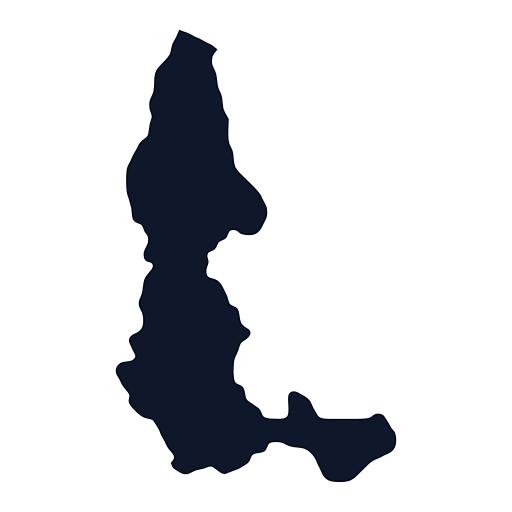 Los Cacaos, San Cristóbal, Dominican Republic (Albers equal-area conic projection)
{"feature_id": "3306468B25553756069478", "entity_name": "Los Cacaos", "entity_type": "district", "adm_level": 2, "iso_a3": "DOM", "parent_name": "Dominican Republic", "parent_adm1": "San Cristóbal", "projection": "albers", "projection_center": [-70.319, 18.609], "detail": "fine", "context": "isolated", "style": "filled", "palette": "ink", "viewbox_px": 512, "rotation_deg": 0, "n_neighbors": 0, "source": "geoboundaries", "source_scale": "gbopen_adm2", "svg_char_len": 5358}
<svg xmlns="http://www.w3.org/2000/svg" viewBox="0 0 512 512"><path d="M179.7,30.7L177.2,36.5L173.1,44.3L172.4,46.8L171.3,51.9L170.5,54.4L169.8,55.6L167.3,59.0L160.4,66.3L158.5,68.5L156.9,70.9L155.9,73.5L155.1,77.7L154.8,86.4L154.3,90.7L153.6,93.4L150.7,100.0L150.1,102.6L150.0,105.2L150.3,109.0L152.1,114.3L152.5,116.3L152.2,118.4L150.5,123.8L149.0,133.8L148.2,136.0L147.6,137.0L146.8,137.8L142.5,141.1L140.9,142.8L139.5,144.7L137.2,149.3L133.6,155.6L131.5,160.4L128.7,165.7L127.8,168.2L127.5,169.6L127.2,172.4L126.9,176.7L126.9,182.6L127.1,188.4L127.4,191.2L127.9,194.0L129.3,198.1L131.5,206.1L132.1,208.9L132.8,215.9L133.4,218.5L134.0,219.6L134.7,220.6L135.5,221.3L136.4,221.8L141.1,223.8L141.9,224.4L142.6,225.2L143.6,227.1L145.1,231.0L145.6,231.9L148.0,235.0L148.7,237.1L148.9,239.5L148.7,242.0L148.5,243.2L147.6,245.5L145.5,249.7L144.7,252.0L144.4,253.2L144.4,255.6L144.8,257.9L145.3,258.9L145.9,259.8L146.7,260.5L147.6,260.9L151.1,262.0L151.9,262.5L152.7,263.2L153.2,264.1L153.5,265.1L153.6,266.2L153.4,267.3L152.4,269.5L147.5,275.5L146.0,277.7L145.4,278.9L144.9,280.3L144.2,283.1L143.2,290.4L142.7,293.2L141.9,295.6L140.5,298.8L139.7,301.0L139.5,303.5L139.8,306.0L140.6,308.1L142.7,312.4L143.1,313.7L143.7,316.6L143.9,319.5L143.9,322.5L143.5,325.4L143.1,326.8L141.9,329.2L141.2,330.2L139.5,331.8L137.6,333.1L133.4,335.1L131.7,336.4L130.3,338.0L129.9,339.0L129.7,340.1L129.7,341.2L130.3,343.1L133.6,350.3L135.6,354.1L135.9,355.1L136.0,356.2L135.8,357.4L135.3,358.4L134.6,359.3L132.9,360.7L131.9,361.2L129.8,361.8L123.2,362.7L121.0,363.5L120.0,364.2L118.2,365.9L117.0,368.0L116.5,370.0L116.6,372.1L117.2,374.2L120.2,379.4L122.5,384.1L123.8,386.1L128.4,391.9L129.6,393.8L130.2,395.7L130.1,396.7L129.4,400.2L129.4,401.2L129.9,403.2L131.8,406.1L134.3,408.9L137.1,411.7L140.0,414.2L142.1,415.7L144.3,416.9L146.5,417.6L150.7,418.5L152.6,419.3L153.4,419.9L154.6,421.2L158.5,427.6L159.7,429.7L161.6,434.5L165.2,441.0L167.4,445.7L168.7,447.8L173.3,453.4L174.4,455.4L174.7,456.4L174.8,457.5L174.6,458.6L173.7,460.5L171.7,463.0L172.8,466.1L173.4,467.1L174.2,467.9L176.0,469.2L180.9,472.2L183.1,473.1L184.4,473.4L187.0,473.4L188.2,473.1L189.3,472.7L193.6,470.6L195.9,469.6L203.4,467.9L208.7,466.0L210.8,465.7L212.0,465.9L214.1,467.0L219.2,470.8L221.2,472.2L222.3,472.7L224.7,473.4L238.4,468.1L240.6,466.9L246.5,463.2L248.1,461.7L248.7,460.9L250.8,456.1L252.0,454.4L252.9,453.8L254.9,452.9L261.7,451.7L263.7,450.9L264.6,450.3L265.7,448.6L267.8,444.0L268.4,443.2L269.4,442.5L270.6,441.9L273.1,441.4L277.3,441.3L280.2,441.6L283.0,442.3L288.5,445.0L291.0,445.8L293.8,446.4L301.1,447.2L303.9,447.8L306.5,448.9L308.9,450.4L311.0,452.2L312.9,454.2L315.4,457.5L316.6,459.9L318.6,464.6L320.8,468.9L322.8,473.5L324.1,475.7L326.6,478.3L328.7,479.7L331.4,480.6L335.7,481.2L341.5,481.3L344.4,481.1L347.3,480.6L350.0,479.8L351.3,479.1L353.8,477.5L357.0,474.6L367.6,464.1L369.8,462.2L372.1,460.5L374.5,459.2L379.2,457.2L384.6,454.4L388.0,452.9L389.2,452.3L391.2,450.9L392.9,449.2L394.2,447.0L395.1,444.3L395.5,440.0L395.1,435.8L394.4,433.3L393.9,432.2L390.6,428.2L388.4,424.1L384.2,417.4L382.7,415.7L381.7,415.1L379.5,414.5L378.3,414.4L376.1,414.6L374.2,415.4L371.3,417.7L370.2,418.2L367.9,418.9L363.7,419.4L357.8,419.6L329.1,419.6L324.8,419.4L322.1,419.0L319.6,418.1L318.5,417.4L317.0,415.7L312.9,408.7L310.3,403.0L309.0,400.9L307.3,399.1L304.2,396.8L297.1,392.9L295.1,392.2L292.7,392.1L291.6,392.5L290.5,393.2L289.7,394.1L289.2,395.2L289.0,396.4L288.8,398.9L289.2,408.5L289.1,412.5L288.6,415.0L288.1,416.2L287.3,417.3L286.3,418.1L283.9,419.1L279.9,419.6L271.4,419.4L268.7,419.1L266.0,418.6L263.8,417.6L262.9,416.9L262.1,415.9L259.6,410.5L258.2,408.8L248.0,401.7L246.4,400.2L245.2,398.0L243.7,390.5L242.8,388.3L242.1,387.4L241.3,386.6L236.2,384.1L235.2,383.3L234.5,382.3L233.9,381.1L233.3,378.5L232.8,372.7L232.9,368.1L233.1,363.5L233.5,360.5L234.3,357.6L237.3,351.0L239.2,345.1L240.2,343.1L241.7,341.4L245.3,339.0L248.0,336.6L249.3,334.8L249.6,333.7L249.7,332.5L249.5,331.5L248.4,330.0L243.9,327.1L242.0,325.2L241.1,324.1L240.4,322.9L239.5,320.3L238.2,312.2L237.3,309.9L236.6,308.9L235.9,308.2L230.5,305.5L229.0,304.0L228.1,302.0L226.8,297.3L225.8,294.8L221.5,286.2L220.0,283.9L218.0,281.8L216.8,281.0L214.5,279.8L209.1,278.2L207.3,276.9L206.6,276.0L205.8,273.8L205.6,270.2L206.1,267.9L207.3,264.3L207.8,262.0L207.7,260.9L206.6,256.5L206.7,254.4L207.6,252.5L208.3,251.8L210.0,250.9L212.7,249.8L214.3,248.7L215.5,247.1L217.2,243.4L218.4,241.7L220.1,240.5L223.8,238.8L225.5,237.6L226.5,235.9L227.6,233.2L228.5,231.4L229.2,230.6L230.1,229.9L232.2,229.3L233.3,229.2L235.4,229.5L237.4,230.2L240.3,232.6L241.3,233.2L243.7,233.9L246.4,234.3L249.3,234.4L252.1,234.2L254.9,233.4L256.3,232.6L258.6,230.7L259.6,229.6L261.0,227.3L264.8,219.7L265.8,217.4L266.4,214.7L266.5,212.1L266.1,208.1L265.3,205.7L262.4,200.3L260.2,195.6L258.7,193.4L254.2,188.2L239.1,173.3L236.4,170.1L234.9,167.8L234.4,166.6L233.4,162.7L232.6,154.7L232.2,152.2L231.4,149.8L228.8,144.3L227.9,140.4L227.6,136.3L227.5,132.2L228.0,119.3L224.4,112.9L222.9,109.4L222.4,106.8L221.5,98.8L221.0,96.2L220.2,93.8L218.2,89.4L217.4,87.0L216.9,84.4L215.9,76.4L215.4,73.8L214.5,71.4L212.4,67.1L211.6,64.7L211.3,63.4L211.3,59.5L211.7,56.9L212.2,55.6L213.3,53.5L216.4,49.6L213.5,47.2L211.5,45.7L209.2,44.5L205.7,42.9L199.3,39.3L194.5,37.3L188.1,33.8L182.0,31.7L179.7,30.7Z" fill="#0f172a" stroke="#020617" stroke-width="1.5"/></svg>